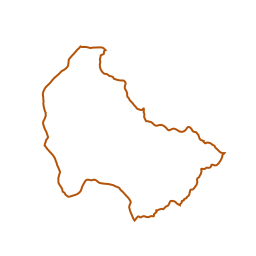 outline of San Miguel, Santander, Colombia, rotated 163°
{"feature_id": "7082276B16360663879170", "entity_name": "San Miguel", "entity_type": "district", "adm_level": 2, "iso_a3": "COL", "parent_name": "Colombia", "parent_adm1": "Santander", "projection": "albers", "projection_center": [-72.659, 6.563], "detail": "fine", "context": "isolated", "style": "outline", "palette": "amber", "viewbox_px": 256, "rotation_deg": 163, "n_neighbors": 0, "source": "geoboundaries", "source_scale": "gbopen_adm2", "svg_char_len": 5709}
<svg xmlns="http://www.w3.org/2000/svg" viewBox="0 0 256 256"><g transform="rotate(163 128 128)"><path d="M149.7,219.8L151.7,218.5L153.6,217.7L158.2,214.7L160.7,213.4L163.9,211.3L164.9,210.3L165.1,209.5L166.8,205.6L167.9,204.3L169.7,203.3L171.3,202.6L172.3,202.3L174.8,201.8L176.7,200.7L180.6,198.8L183.0,197.8L184.8,196.9L187.8,194.9L190.1,193.4L192.7,192.2L195.1,190.8L196.6,189.5L198.4,187.4L199.5,185.5L200.1,182.1L200.7,179.9L200.9,178.3L201.9,175.9L202.2,174.0L202.5,170.4L202.5,168.8L202.5,168.1L202.3,167.1L202.3,166.4L203.2,163.5L205.5,160.6L206.5,159.8L207.4,158.5L207.9,157.3L208.0,154.3L207.9,152.0L207.2,147.7L207.1,143.0L207.2,142.5L208.2,141.5L209.4,140.8L212.2,136.9L212.9,135.5L212.5,135.1L211.3,131.5L210.3,129.5L210.0,128.5L209.1,126.9L207.6,123.6L207.1,121.7L206.7,120.0L206.7,117.7L206.7,117.0L206.5,116.4L206.5,115.6L206.5,114.8L206.6,113.8L206.5,112.3L206.2,110.5L205.8,105.9L208.5,101.7L209.4,100.2L210.5,95.8L209.9,93.0L209.0,90.1L208.8,88.9L209.0,87.5L209.0,86.1L208.1,85.2L207.6,84.6L207.6,83.9L207.3,82.7L206.5,81.4L205.8,80.4L205.0,79.7L204.3,79.5L202.9,79.4L196.9,79.5L195.3,79.8L193.5,80.5L192.0,81.3L190.2,83.4L189.5,84.7L188.2,86.1L186.7,87.6L184.4,89.7L183.2,90.4L181.9,90.4L180.5,89.9L179.1,89.1L177.9,88.6L175.4,88.5L174.2,87.7L173.4,86.8L172.6,85.4L171.6,84.1L170.5,83.4L168.8,82.5L166.6,81.5L164.4,80.7L162.5,79.8L158.6,77.5L157.3,76.1L154.5,73.9L153.8,73.0L153.4,71.5L152.8,70.2L151.9,68.9L150.1,65.1L148.2,61.2L147.6,59.6L147.2,57.9L147.0,56.4L147.3,55.8L149.5,53.1L150.1,51.7L150.1,50.0L150.3,48.4L150.1,46.5L149.6,41.6L149.2,38.9L148.8,37.6L148.0,38.0L146.2,39.4L144.4,40.4L143.7,40.3L143.3,40.0L142.5,39.1L141.9,38.8L141.2,38.9L140.5,39.1L139.6,39.2L138.5,39.0L137.9,38.7L137.4,38.3L137.1,37.9L136.5,37.6L135.2,37.0L134.5,36.8L133.7,36.7L132.3,37.1L131.7,37.0L130.9,36.7L130.3,36.4L129.5,36.2L129.2,36.2L128.9,36.3L128.7,37.2L128.4,37.8L126.9,38.7L126.3,38.8L125.8,39.1L125.2,39.5L125.1,40.2L125.2,40.8L125.0,41.0L124.3,40.6L123.9,40.5L123.1,40.9L122.5,40.9L119.4,40.9L119.0,40.7L118.5,40.2L118.0,40.1L117.6,40.2L115.5,41.4L114.5,41.8L113.7,41.9L112.7,42.0L112.2,42.3L110.8,43.5L109.8,44.8L108.9,45.6L108.2,45.7L106.6,45.2L105.8,44.7L105.0,44.2L104.3,43.4L103.3,41.5L102.9,40.9L100.9,39.0L100.8,39.3L100.5,39.7L100.1,40.1L98.8,40.7L98.4,41.2L98.2,41.5L98.0,42.1L97.9,42.3L97.5,42.5L96.1,42.4L95.8,42.6L95.5,42.9L95.4,43.2L95.1,43.5L94.4,43.7L93.2,43.8L92.7,43.9L92.3,44.2L91.9,44.7L90.3,45.3L89.6,45.7L88.8,46.5L88.2,47.7L87.7,48.3L87.3,49.3L87.1,49.6L86.5,50.4L86.1,50.7L85.5,50.6L84.4,50.3L83.7,50.3L83.4,50.4L82.8,51.0L81.8,51.5L81.1,52.1L79.4,53.3L78.6,54.3L77.5,56.1L77.3,56.7L77.3,57.6L77.0,58.6L76.6,59.3L75.9,59.7L75.2,60.0L74.6,60.1L74.2,60.3L73.4,61.3L73.2,61.6L72.9,61.9L71.8,62.7L71.5,63.1L71.2,63.8L70.6,64.6L70.3,65.3L70.1,66.9L69.9,67.4L69.5,67.5L69.0,67.2L68.5,67.0L67.2,66.6L66.4,66.5L65.8,66.6L65.0,67.0L64.6,67.1L62.0,66.2L61.5,66.2L61.1,66.3L60.4,66.6L59.9,66.9L59.5,67.4L59.1,68.2L58.9,68.4L58.4,68.3L57.8,68.1L57.3,67.8L56.2,67.0L55.4,66.7L54.7,66.6L54.1,66.6L53.5,66.8L51.2,68.0L49.9,69.1L48.5,70.3L47.7,71.2L47.2,71.9L46.4,72.6L46.2,72.9L46.1,73.7L45.9,74.2L45.2,74.7L44.4,75.1L43.9,75.4L43.4,75.6L43.2,75.7L43.1,75.8L43.9,76.0L45.2,76.6L45.8,76.9L46.7,77.7L47.5,78.8L48.1,80.2L48.5,80.7L48.9,81.6L50.2,83.7L50.3,84.4L50.4,85.3L50.7,85.9L51.1,86.4L51.7,86.8L52.0,87.1L52.6,87.9L52.7,88.2L53.5,89.2L54.0,89.6L54.5,90.0L55.7,90.6L56.7,90.9L57.0,90.9L58.0,90.9L58.2,90.7L58.3,90.7L58.6,90.8L58.8,91.0L59.6,92.4L60.0,93.2L60.0,93.5L59.7,93.6L60.3,94.2L61.1,94.7L61.6,95.0L62.3,95.9L62.6,96.9L62.7,97.6L62.7,100.1L62.9,101.1L63.1,101.7L63.9,103.5L64.1,104.0L64.5,104.4L65.0,104.7L65.9,105.0L66.6,105.5L66.8,105.8L67.3,106.9L67.3,107.4L67.6,108.6L68.0,109.5L68.7,110.5L69.1,111.0L69.5,111.2L70.2,111.4L71.0,111.1L71.4,110.9L73.1,109.5L74.5,108.8L75.3,108.6L76.0,108.5L76.8,108.5L77.4,108.6L78.1,108.7L78.8,109.1L80.0,109.8L80.4,110.3L80.7,110.8L81.3,111.4L82.6,112.8L84.0,113.8L84.8,114.1L85.5,114.2L88.9,113.8L89.4,113.8L89.7,113.9L90.3,114.5L90.6,115.1L91.1,116.0L91.4,117.0L92.8,119.1L93.4,119.8L94.1,120.4L94.8,121.0L95.6,121.3L96.6,121.6L97.6,121.7L99.8,121.7L100.6,122.1L101.6,122.9L102.0,123.3L103.0,125.3L103.8,126.5L104.1,126.8L104.7,127.2L106.0,128.0L107.0,128.6L107.6,128.9L108.3,129.2L108.6,129.2L108.8,129.9L109.1,131.5L109.1,132.1L109.3,132.6L109.3,134.1L108.5,135.8L108.3,136.7L108.3,137.5L108.4,138.3L108.3,138.9L107.8,139.8L107.6,140.6L107.3,141.4L107.2,142.0L107.3,142.1L107.6,142.1L108.7,141.5L109.3,141.2L109.7,141.2L110.3,141.4L113.1,143.3L113.9,144.3L114.0,144.6L114.5,146.2L115.8,148.6L116.1,149.9L116.4,150.6L116.7,151.1L117.4,152.7L118.2,154.0L118.3,154.6L118.3,155.3L118.7,156.7L119.2,157.6L119.4,158.2L119.4,158.9L118.9,160.5L118.8,161.1L118.7,163.1L119.0,164.8L119.4,166.1L119.4,167.3L119.2,167.8L118.5,169.5L117.8,170.3L117.5,170.8L117.3,171.0L117.2,171.3L117.2,172.0L117.2,172.7L117.4,173.2L118.2,174.5L118.6,174.8L119.1,175.0L119.6,175.1L121.2,175.6L122.8,176.4L124.1,177.1L125.5,178.1L126.0,178.5L126.8,178.9L127.2,179.5L127.3,180.1L127.3,180.7L127.5,181.1L128.7,182.2L130.6,183.3L132.4,185.7L132.8,186.0L133.7,186.3L134.7,186.8L135.0,187.1L135.6,187.9L136.4,189.7L136.7,190.7L137.0,192.5L137.0,193.7L137.0,194.6L136.4,196.9L136.2,197.5L135.4,198.7L135.2,199.2L135.1,199.6L135.1,200.6L134.8,201.6L134.6,202.3L133.4,204.1L133.0,205.3L132.7,205.5L130.8,205.7L129.6,205.9L129.1,206.7L128.6,208.1L128.3,208.5L127.6,208.8L126.7,209.0L127.0,209.4L127.7,210.9L127.9,211.3L128.3,211.7L129.2,212.5L130.1,212.9L130.9,213.2L133.8,214.0L138.8,215.3L139.6,215.3L140.8,215.6L141.2,215.8L142.2,216.5L144.3,217.7L146.4,218.3L148.4,219.0L149.3,219.4L149.6,219.6L149.7,219.8Z" fill="none" stroke="#b45309" stroke-width="2"/></g></svg>